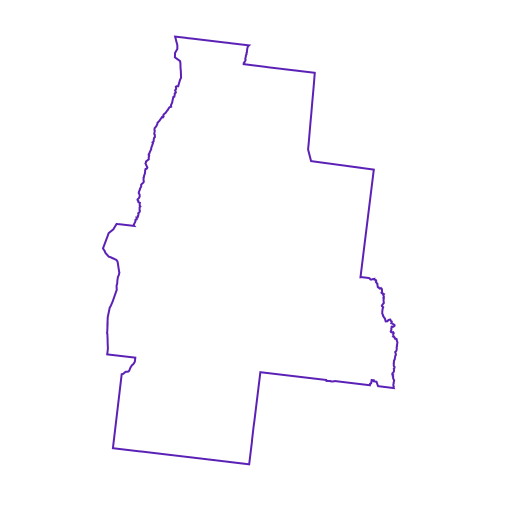 outline of Northern Areas, South Australia, Australia, rotated 187°
{"feature_id": "25037944B38569575724277", "entity_name": "Northern Areas", "entity_type": "district", "adm_level": 2, "iso_a3": "AUS", "parent_name": "Australia", "parent_adm1": "South Australia", "projection": "robinson", "projection_center": [138.424, -33.301], "detail": "fine", "context": "isolated", "style": "outline", "palette": "violet", "viewbox_px": 512, "rotation_deg": 187, "n_neighbors": 0, "source": "geoboundaries", "source_scale": "gbopen_adm2", "svg_char_len": 5880}
<svg xmlns="http://www.w3.org/2000/svg" viewBox="0 0 512 512"><g transform="rotate(187 256 256)"><path d="M363.0,463.9L361.5,460.0L359.8,455.8L359.3,452.0L361.1,447.7L360.7,443.3L355.1,440.2L354.5,438.0L353.8,433.3L353.2,430.7L352.3,425.0L352.1,423.7L352.8,421.9L353.5,417.9L353.9,415.0L355.6,414.8L356.2,414.2L355.6,412.1L356.5,410.6L355.8,409.5L356.0,408.6L355.6,408.3L356.5,407.1L356.3,406.4L356.5,404.1L357.4,403.8L357.8,399.9L357.9,398.0L358.8,395.3L358.4,393.8L360.0,393.1L360.9,391.4L361.2,390.5L362.2,389.0L363.1,387.1L364.2,386.1L365.0,384.9L365.2,384.5L364.7,383.2L365.3,382.2L366.2,382.5L368.5,378.1L370.0,376.3L370.0,375.0L370.8,372.6L372.2,370.5L372.2,368.7L371.7,367.9L371.9,364.8L371.1,363.8L371.1,362.6L370.8,361.9L371.0,361.4L371.6,360.7L371.7,358.7L371.6,357.2L372.6,356.2L372.0,355.4L373.2,350.3L373.0,349.3L374.2,345.9L374.1,345.5L374.2,345.2L374.9,343.9L374.8,343.1L374.3,342.9L374.3,341.5L374.6,341.0L374.2,338.9L376.7,336.4L376.6,335.7L377.0,334.4L374.6,330.5L375.1,329.3L376.2,329.0L376.5,327.1L376.3,326.5L376.4,325.4L376.3,324.5L377.0,321.4L376.8,320.7L377.2,319.9L377.0,319.0L376.8,317.2L376.5,316.5L376.4,316.0L377.0,314.8L377.8,314.0L378.7,312.8L378.4,310.9L378.6,310.4L379.3,308.9L379.2,308.5L379.9,305.8L380.1,304.3L379.7,303.6L379.1,303.0L378.7,301.0L379.0,300.1L379.0,299.6L380.4,297.8L380.5,297.3L379.4,296.2L379.5,295.4L378.5,294.8L377.7,294.6L377.8,293.3L377.6,292.0L376.8,291.1L377.5,290.1L377.2,288.0L377.2,287.3L376.8,286.9L376.8,285.7L378.1,284.1L377.7,283.7L377.7,282.4L378.2,281.5L377.9,280.9L378.3,279.7L379.3,279.7L378.9,277.8L379.8,277.4L380.1,277.1L379.9,275.6L381.1,272.2L380.9,271.3L380.6,271.0L395.8,270.9L396.5,270.8L398.3,270.8L400.9,265.0L405.0,260.8L405.7,257.7L408.8,244.9L407.1,242.8L406.9,242.7L405.8,240.7L402.1,237.4L400.1,237.1L398.9,236.7L399.0,236.6L397.2,236.0L396.9,236.1L395.6,235.6L394.1,235.1L392.8,233.6L391.9,230.9L391.9,230.6L391.4,229.0L390.9,227.1L389.7,223.0L389.6,222.9L389.7,222.4L389.7,221.1L390.1,219.5L390.3,218.9L390.5,218.1L390.6,214.8L390.4,211.5L390.8,209.7L390.1,205.3L390.6,203.3L390.9,201.8L392.8,193.1L394.1,188.7L394.7,187.3L394.9,187.0L394.9,186.8L395.7,177.1L395.1,169.9L395.0,170.0L394.4,162.6L394.5,162.3L394.5,161.8L394.5,161.4L394.4,161.2L394.1,160.9L393.1,155.0L392.8,152.5L391.7,146.1L391.7,140.2L363.4,140.4L363.4,136.2L364.4,134.0L365.9,132.3L367.1,129.7L367.9,126.6L368.7,125.7L371.4,125.1L373.5,122.8L374.9,122.3L374.6,47.8L346.7,47.9L346.5,48.0L316.8,48.1L237.4,48.4L237.4,71.9L237.5,72.7L237.5,74.7L237.6,86.0L237.5,92.2L237.5,141.2L171.2,141.5L170.9,140.6L168.2,140.8L167.2,141.0L166.6,140.7L166.2,140.6L165.8,140.8L164.6,140.8L162.5,141.4L162.4,141.5L127.2,141.6L127.2,143.1L126.2,143.6L126.1,147.0L124.0,147.0L124.0,146.0L121.1,145.9L119.0,141.7L103.2,141.7L103.6,142.4L103.3,143.1L103.7,143.8L104.0,144.8L104.0,145.6L103.8,146.4L104.0,147.1L103.8,147.9L103.9,148.7L103.7,149.3L105.0,151.3L105.2,153.2L105.8,153.7L105.8,154.1L105.5,154.6L106.1,154.9L106.3,155.2L106.4,155.9L106.1,156.4L105.8,156.6L105.4,157.1L105.4,157.3L105.3,158.0L105.0,158.6L105.0,158.9L105.1,159.3L105.1,159.6L105.1,160.0L105.4,160.6L105.5,160.9L105.4,161.0L105.1,161.5L105.0,161.8L104.9,162.0L105.0,162.7L105.0,162.8L105.3,163.0L105.6,163.3L105.8,163.7L105.9,163.9L106.0,164.4L106.0,164.8L106.0,165.3L106.0,165.7L106.2,166.1L106.3,166.3L106.2,167.0L106.1,167.4L106.2,167.6L106.2,167.9L106.2,168.1L106.3,168.4L106.3,168.8L106.3,169.1L106.2,169.2L106.0,169.5L105.9,170.0L105.7,170.3L105.7,170.5L105.7,171.0L105.7,171.4L105.7,171.6L105.6,172.3L105.6,173.1L105.6,173.3L105.6,173.9L105.3,174.4L105.2,174.7L105.1,174.9L105.2,175.4L105.3,175.8L105.5,176.0L105.6,176.5L106.0,177.2L106.0,177.3L106.1,177.6L106.0,177.8L106.0,178.0L105.6,178.3L105.4,178.5L105.2,178.9L105.1,179.3L105.0,180.3L105.0,181.0L105.0,181.4L105.2,181.8L105.3,182.3L105.1,183.6L105.0,183.9L105.1,184.1L105.3,184.4L105.3,184.6L105.1,186.1L105.1,186.8L105.2,187.7L105.4,188.3L105.6,188.6L105.9,189.0L106.3,190.7L106.4,190.8L107.0,190.9L107.7,190.7L107.9,190.9L108.2,191.1L108.4,192.0L108.5,192.1L109.9,192.7L109.8,192.8L109.7,192.9L109.9,193.0L109.9,193.5L110.3,194.9L110.3,195.5L109.9,196.2L110.5,196.5L110.7,197.1L112.2,196.7L112.6,196.9L113.1,197.5L112.6,199.2L112.9,200.2L112.8,200.9L112.5,201.7L112.8,202.1L112.4,202.6L111.7,202.2L111.1,202.6L110.1,203.3L110.0,204.1L110.2,204.5L111.1,204.9L113.0,205.8L113.5,205.8L113.3,206.8L113.3,207.5L114.1,207.9L115.0,209.3L116.4,208.8L117.2,208.1L117.3,207.6L117.9,207.1L118.5,207.1L119.3,206.9L119.9,208.3L120.1,208.7L120.4,209.7L121.5,210.6L122.0,211.5L122.5,211.8L122.6,212.0L122.6,212.7L123.1,213.3L123.7,214.4L123.9,216.4L123.9,216.9L123.9,218.9L123.5,220.7L124.9,221.6L125.0,222.2L123.8,224.4L123.5,224.6L123.4,225.2L123.7,226.0L124.1,228.3L124.1,228.5L123.9,229.1L124.0,229.2L124.3,229.6L124.5,230.0L124.3,230.5L124.0,230.9L124.9,232.7L124.4,233.7L124.8,233.8L125.4,234.3L126.4,234.5L126.4,234.4L127.0,234.8L126.6,235.7L126.6,236.6L127.0,238.3L127.3,238.5L127.4,238.9L127.9,239.2L128.1,239.4L128.9,238.8L129.2,238.7L130.2,239.4L130.3,239.7L131.1,239.8L131.3,240.0L131.7,241.1L131.9,241.9L132.1,243.2L132.7,243.5L133.1,244.0L133.2,244.5L133.7,244.7L133.9,244.9L133.7,245.6L133.7,246.1L134.1,246.7L135.0,247.0L135.6,246.9L136.3,247.3L136.2,247.6L137.5,247.2L138.7,246.6L139.4,246.6L140.0,247.0L140.3,247.5L141.1,247.9L147.1,247.9L148.2,247.9L149.7,247.6L149.7,255.6L149.7,260.0L149.7,275.1L149.6,356.1L212.9,356.9L217.3,368.1L217.4,373.2L218.3,397.8L218.4,402.3L218.9,415.4L219.2,425.0L219.5,433.4L220.0,445.0L265.8,444.8L270.2,444.9L291.6,444.9L291.7,446.0L291.1,446.6L291.1,447.2L290.3,448.6L290.3,449.8L290.7,450.3L290.4,452.7L290.5,453.9L289.9,455.2L290.2,456.2L290.2,456.5L289.8,457.3L290.0,458.1L289.9,459.3L290.0,460.3L289.6,463.0L288.6,464.2L308.2,464.1L310.9,464.2L311.2,464.1L346.2,464.0L350.1,463.9L352.5,464.0L363.0,463.9Z" fill="none" stroke="#5b21b6" stroke-width="2"/></g></svg>